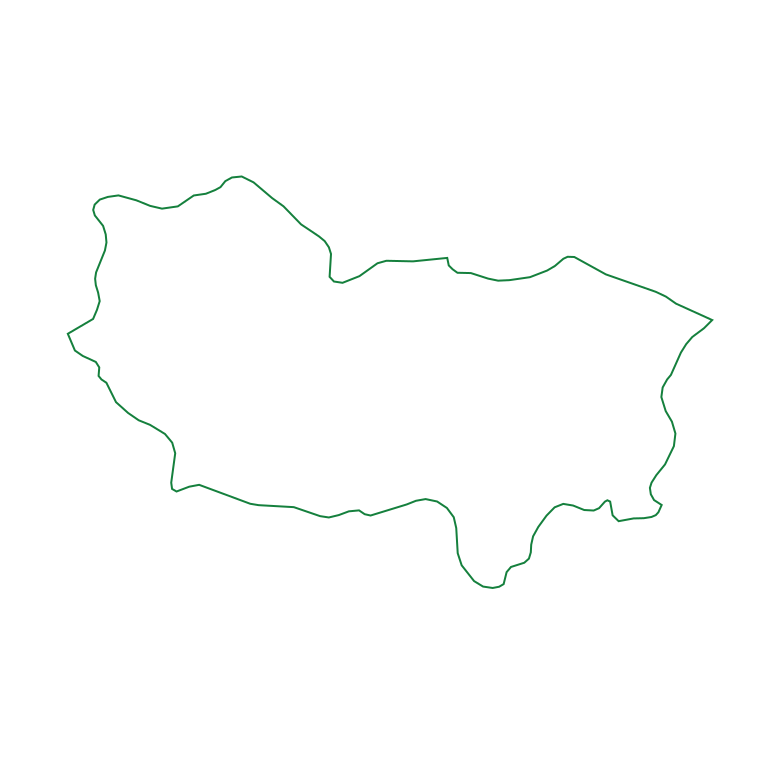 the Prefecture of Nara, rotated 96°
{"feature_id": "JPN-1851", "entity_name": "Nara", "entity_type": "Prefecture", "adm_level": 1, "iso_a3": "JPN", "parent_name": "Japan", "parent_adm1": "", "projection": "mercator", "projection_center": [135.875, 34.299], "detail": "fine", "context": "isolated", "style": "outline", "palette": "green", "viewbox_px": 768, "rotation_deg": 96, "n_neighbors": 0, "source": "natural_earth", "source_scale": "10m", "svg_char_len": 1964}
<svg xmlns="http://www.w3.org/2000/svg" viewBox="0 0 768 768"><g transform="rotate(96 384 384)"><path d="M475.3,95.2L482.9,97.7L486.0,100.0L488.3,104.1L490.3,111.6L491.6,121.7L495.9,136.3L490.7,142.9L477.3,146.8L476.3,149.7L477.9,152.0L485.0,157.1L487.9,162.2L488.4,171.7L485.1,183.2L484.5,193.2L488.8,201.4L497.9,208.6L510.0,215.6L519.9,219.8L528.4,220.8L536.1,220.4L542.5,221.6L547.1,225.8L552.7,238.6L558.3,242.4L570.5,244.1L573.6,248.3L575.5,254.6L575.1,264.3L570.6,273.8L556.2,287.8L544.6,293.0L519.7,297.1L509.2,300.7L500.7,308.5L495.3,318.9L494.1,330.6L496.8,340.0L501.4,348.8L516.2,383.6L515.5,389.6L512.3,395.6L514.3,405.6L519.1,415.3L522.5,424.9L522.1,433.7L515.9,460.8L517.6,496.0L517.1,504.5L503.6,557.3L506.5,567.0L512.6,579.1L510.5,583.8L504.4,585.3L474.7,584.4L464.5,588.5L456.6,596.6L449.1,612.4L445.7,624.2L439.6,635.4L430.1,648.6L411.8,660.2L409.0,665.5L405.8,668.7L397.3,668.9L392.2,672.9L387.6,686.5L383.0,694.9L367.1,703.7L349.7,680.1L340.2,677.2L331.3,675.4L322.9,677.9L315.9,680.9L309.5,682.3L303.1,682.0L280.4,675.5L272.3,674.8L264.3,676.4L256.1,679.9L246.6,689.2L241.3,691.4L235.8,690.5L230.3,685.9L226.8,678.2L224.2,667.8L227.2,649.5L231.3,635.2L232.8,623.1L228.9,607.6L216.4,592.9L213.4,581.0L208.7,572.1L205.3,567.2L198.8,563.0L194.5,556.8L192.5,547.2L197.1,534.8L210.8,514.7L217.8,502.5L233.9,483.2L244.0,464.1L248.1,457.9L253.8,453.1L260.2,450.3L283.1,449.3L287.3,444.5L287.7,435.8L279.3,419.7L264.6,403.1L261.2,394.5L259.0,368.0L252.0,334.3L259.3,332.0L262.7,327.8L265.7,322.6L264.6,309.2L268.3,291.5L269.3,281.3L267.6,270.1L262.5,250.0L254.1,233.6L248.7,226.3L240.7,218.7L238.3,214.7L237.8,208.0L251.8,174.8L263.9,123.4L267.6,112.8L273.6,101.9L286.1,64.3L295.1,71.6L305.0,82.3L312.7,87.6L321.7,92.0L345.0,99.6L349.9,102.9L358.3,106.5L368.0,106.8L381.5,101.0L391.4,93.7L402.8,89.0L415.5,89.2L434.6,96.1L446.1,103.6L454.1,107.6L459.5,108.7L465.8,107.1L471.2,103.3L475.3,95.2Z" fill="none" stroke="#15803d" stroke-width="2"/></g></svg>